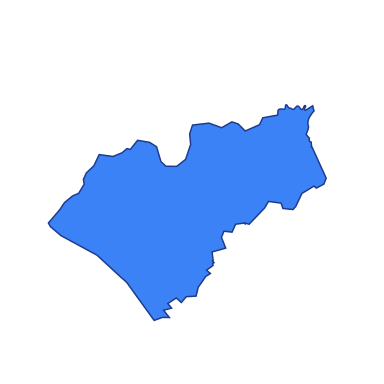 outline of Halifax, North Carolina, United States of America, rotated 297°
{"feature_id": "52423323B7774526001257", "entity_name": "Halifax", "entity_type": "district", "adm_level": 2, "iso_a3": "USA", "parent_name": "United States of America", "parent_adm1": "North Carolina", "projection": "equal_earth", "projection_center": [-77.531, 36.258], "detail": "fine", "context": "isolated", "style": "filled", "palette": "blue", "viewbox_px": 384, "rotation_deg": 297, "n_neighbors": 0, "source": "geoboundaries", "source_scale": "gbopen_adm2", "svg_char_len": 2130}
<svg xmlns="http://www.w3.org/2000/svg" viewBox="0 0 384 384"><g transform="rotate(297 192 192)"><path d="M60.4,216.6L66.8,222.5L69.9,228.8L73.7,220.4L79.3,226.5L81.6,221.1L90.4,226.1L88.7,232.7L96.1,234.4L101.1,242.9L109.9,240.8L123.0,242.6L127.8,245.4L128.9,240.4L136.1,244.1L136.5,244.0L136.7,243.6L136.8,243.5L137.0,243.3L137.4,243.1L137.6,242.9L137.8,242.9L138.6,243.6L139.2,243.6L139.2,242.5L139.3,242.1L139.6,241.6L139.8,241.5L140.5,242.0L147.7,237.1L157.3,247.5L165.0,238.8L171.6,238.3L174.4,245.9L183.1,245.5L188.2,252.9L188.2,253.3L187.9,253.5L187.6,253.9L187.6,254.0L187.9,254.1L188.3,254.1L188.5,253.8L189.2,257.5L210.8,264.0L218.3,264.4L222.5,276.4L218.6,280.5L222.2,289.9L226.1,291.0L240.6,290.6L252.7,298.0L251.9,301.0L258.9,305.9L265.2,305.3L286.6,278.5L286.6,278.4L286.4,277.8L287.5,277.5L290.6,275.5L290.5,274.1L291.0,273.0L293.2,272.2L294.8,268.2L295.5,267.5L300.5,267.0L303.1,266.2L305.4,264.2L308.3,263.1L311.2,262.6L316.7,263.2L319.6,263.9L323.6,260.4L317.1,256.5L316.5,256.1L316.3,255.6L316.3,255.0L316.6,254.7L317.7,254.4L318.4,254.4L319.2,254.4L319.8,254.4L320.2,254.2L320.4,253.8L320.3,253.4L319.9,253.1L319.3,253.0L318.6,253.1L317.1,253.1L315.9,252.9L315.3,252.4L315.2,251.8L315.3,251.2L315.5,250.7L316.2,249.5L316.5,248.7L316.7,248.0L316.6,247.2L316.1,246.5L311.9,245.1L311.6,244.8L311.4,244.3L311.3,243.5L311.5,242.4L311.4,241.8L311.0,240.9L311.0,240.3L311.1,239.8L311.4,238.9L312.1,237.8L312.5,237.0L312.5,236.5L312.3,236.2L312.0,236.0L308.6,237.1L308.3,237.1L307.6,236.7L307.3,236.2L306.7,234.2L305.8,232.7L305.1,232.0L303.9,231.6L302.8,232.0L299.4,233.4L290.3,221.4L282.6,221.6L270.5,211.7L273.6,202.3L272.6,195.7L262.7,189.2L261.1,175.9L251.9,162.1L242.7,163.5L233.8,169.2L218.2,171.5L207.9,166.7L203.1,157.1L205.0,150.5L216.2,139.9L217.0,131.8L213.4,120.1L201.9,117.7L201.2,114.4L195.1,111.8L187.8,105.5L183.2,92.3L170.8,92.7L161.1,89.2L154.0,89.5L150.0,92.4L139.4,91.6L134.3,87.4L124.7,83.2L116.9,82.3L116.6,82.4L116.3,82.3L116.1,82.2L99.2,78.1L96.9,81.5L93.6,95.1L92.6,136.0L83.9,166.9L82.2,173.6L81.5,175.5L75.8,186.5L60.4,216.6Z" fill="#3b82f6" stroke="#1e3a8a" stroke-width="1.5"/></g></svg>